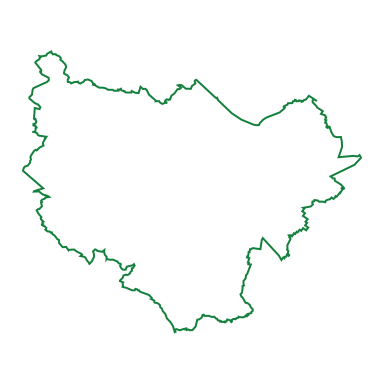 the district of Ameca, Jalisco, Mexico
{"feature_id": "50627088B91562920030226", "entity_name": "Ameca", "entity_type": "district", "adm_level": 2, "iso_a3": "MEX", "parent_name": "Mexico", "parent_adm1": "Jalisco", "projection": "mercator", "projection_center": [-104.087, 20.535], "detail": "fine", "context": "isolated", "style": "outline", "palette": "green", "viewbox_px": 384, "rotation_deg": 0, "n_neighbors": 0, "source": "geoboundaries", "source_scale": "gbopen_adm2", "svg_char_len": 5856}
<svg xmlns="http://www.w3.org/2000/svg" viewBox="0 0 384 384"><path d="M214.7,96.9L196.3,79.8L195.2,80.3L194.7,81.1L195.4,83.5L191.9,86.0L190.9,88.8L185.8,88.7L181.8,85.3L179.6,84.9L177.9,85.3L181.1,87.7L179.5,89.1L177.5,89.2L174.6,93.2L171.3,95.9L170.2,99.4L169.4,99.2L168.6,100.0L166.7,99.3L165.4,100.3L165.1,101.2L166.5,102.3L166.4,102.9L165.5,102.7L162.4,103.9L160.2,102.7L159.0,101.1L155.6,101.3L155.7,100.5L149.0,94.7L146.6,89.8L145.1,88.8L143.0,89.0L140.5,86.8L138.6,93.1L135.3,92.8L131.7,91.0L131.4,92.5L126.1,92.5L124.3,91.6L124.4,91.1L121.4,90.4L120.9,88.8L119.8,89.5L118.2,89.5L118.5,90.6L114.1,90.8L112.6,89.8L108.1,89.8L105.6,88.3L102.9,87.7L99.2,87.7L95.5,85.6L95.1,84.8L93.3,85.0L93.1,84.4L93.7,83.7L93.0,83.4L91.7,81.1L88.1,79.5L84.8,80.0L83.5,81.8L80.1,83.6L78.1,82.5L78.1,81.7L74.0,82.2L71.2,83.4L70.0,82.2L67.8,81.9L67.8,79.5L69.0,77.4L67.2,75.2L64.3,73.8L64.0,73.2L64.5,70.5L66.2,67.1L65.4,64.5L61.9,60.7L60.9,60.4L60.4,59.6L60.8,58.1L59.1,56.1L56.4,55.2L55.8,54.2L52.8,54.3L51.3,51.8L51.0,52.6L49.7,52.2L46.9,54.0L46.3,55.5L41.3,56.4L39.5,56.1L40.3,57.5L39.6,57.9L39.6,59.0L35.9,61.5L35.3,62.6L41.3,70.1L41.0,72.1L40.2,71.9L40.4,72.6L42.3,74.6L48.6,77.7L48.8,80.2L47.2,81.9L33.5,88.1L32.6,89.8L32.0,94.6L29.3,97.3L29.5,98.6L34.8,103.1L38.2,104.6L40.4,107.2L39.5,109.1L34.8,108.0L34.0,118.7L34.5,119.2L35.4,118.9L36.3,122.2L35.4,123.6L33.5,123.9L33.4,125.4L35.7,126.1L36.6,127.6L35.5,128.2L35.7,129.5L34.9,131.9L32.3,131.8L35.7,132.4L37.3,133.4L37.6,134.7L38.9,135.6L45.4,136.6L45.8,136.7L45.3,137.8L46.0,137.5L43.1,142.4L42.9,144.1L43.5,145.6L39.6,147.5L36.7,150.4L36.0,149.8L34.3,150.6L30.8,155.9L30.4,157.4L31.0,159.5L30.1,161.0L30.1,162.7L27.8,165.6L24.8,166.6L23.7,168.1L23.0,170.8L43.2,188.3L34.2,191.1L33.9,191.6L38.9,191.4L42.6,194.4L47.6,195.9L49.1,197.0L45.2,197.6L44.8,198.6L41.9,199.8L41.1,200.9L42.0,202.1L41.1,202.6L41.9,206.4L39.2,209.1L38.0,209.2L36.7,210.2L38.2,213.3L41.4,217.2L40.7,218.4L41.0,219.3L43.4,221.6L42.4,221.9L42.5,223.3L43.0,223.9L41.9,224.4L42.1,225.2L45.1,226.6L46.3,227.9L46.1,229.2L45.4,229.6L46.3,230.6L48.1,231.6L49.5,231.4L51.2,233.0L51.8,232.5L52.6,234.2L54.9,235.8L57.2,239.0L58.9,239.9L59.2,243.3L62.7,247.2L66.1,246.9L68.6,250.4L69.1,249.8L74.0,249.5L77.2,251.8L81.4,253.8L82.1,254.7L80.5,256.1L84.5,256.9L85.4,257.7L87.3,261.0L89.5,263.2L88.9,264.5L91.9,261.3L93.9,257.1L94.0,254.6L93.1,251.3L95.0,249.4L96.5,249.9L97.3,250.9L102.3,251.8L104.3,250.1L104.1,252.0L104.8,254.7L106.6,256.8L106.5,259.3L106.8,258.9L109.8,259.8L112.7,259.6L117.7,261.6L118.6,263.3L120.6,263.8L120.8,264.7L120.1,265.8L120.5,267.0L121.9,269.0L123.2,269.7L125.8,269.6L126.7,266.7L133.0,265.2L133.9,264.2L134.6,265.5L133.1,267.9L131.7,268.4L132.0,270.7L130.6,271.7L130.1,273.3L127.7,275.0L125.8,274.7L123.5,275.4L122.8,277.7L120.0,280.5L120.0,281.1L123.2,282.4L122.6,283.3L123.0,285.6L122.5,286.8L126.5,287.9L132.1,290.3L134.7,290.3L135.4,288.9L137.2,289.4L137.8,290.3L139.2,290.3L139.8,291.6L149.0,295.0L151.8,297.9L151.9,299.1L151.5,299.2L154.2,300.6L154.2,301.9L155.0,302.8L157.0,302.9L159.7,304.7L160.4,307.5L161.6,308.2L162.9,311.3L165.3,313.9L166.9,318.4L170.4,322.0L173.0,326.1L174.8,332.2L175.5,331.9L175.0,329.9L176.2,329.1L179.8,330.3L183.5,329.0L184.8,329.4L185.4,328.5L186.4,328.4L186.7,330.0L188.6,329.5L189.5,330.2L192.4,330.1L195.6,326.6L197.3,319.7L198.8,319.5L201.4,317.9L202.7,314.9L203.8,314.7L204.4,315.9L208.8,315.8L211.5,316.9L214.3,316.8L216.1,318.6L217.1,318.8L217.8,320.3L219.6,320.6L219.8,321.4L221.0,321.1L221.4,322.0L223.0,321.7L224.7,322.4L225.2,322.3L225.2,321.4L226.5,321.4L227.2,319.5L230.2,320.3L231.3,322.1L231.9,321.6L232.0,319.8L232.7,319.3L234.2,318.9L235.4,319.3L236.7,318.0L238.1,317.8L238.7,316.7L239.6,317.2L243.8,317.3L246.1,315.3L246.0,316.3L246.7,316.4L248.5,314.8L248.2,313.8L251.2,313.2L251.3,312.0L252.6,311.1L252.8,309.3L250.8,307.2L249.7,304.8L247.2,302.9L245.6,302.9L242.5,297.4L241.4,296.6L240.5,294.3L242.0,292.6L242.7,287.6L242.4,286.2L244.0,285.5L243.5,284.5L243.5,281.0L245.6,278.4L246.0,275.2L247.2,274.0L250.8,264.5L248.4,264.2L248.8,262.8L247.9,262.6L249.3,258.1L247.0,257.5L247.3,256.4L248.1,256.6L248.6,252.1L249.5,252.2L250.0,249.2L250.9,249.4L252.7,248.1L260.4,249.2L261.8,239.9L262.8,238.1L279.0,255.7L281.4,260.0L283.3,257.4L284.3,258.3L285.0,256.8L286.1,256.7L286.8,254.8L288.6,255.9L289.2,255.0L287.8,253.5L288.3,250.7L287.0,249.6L287.5,248.5L287.3,245.4L290.4,239.2L290.4,237.5L289.4,237.4L289.6,236.6L288.8,235.4L291.2,235.2L292.3,236.1L294.0,233.2L295.1,234.0L296.7,231.7L297.7,232.4L299.6,229.7L301.2,230.8L303.1,228.1L306.2,230.3L308.2,227.5L305.1,225.4L307.1,222.7L305.5,221.7L307.6,219.1L302.9,215.9L305.0,213.2L302.3,211.3L304.3,208.6L303.2,207.8L310.7,206.5L312.9,204.4L312.2,202.9L312.5,201.5L314.1,201.3L314.5,200.0L317.7,200.5L319.2,201.7L322.4,201.6L325.2,202.2L325.5,201.0L327.2,199.9L330.0,199.2L331.4,197.5L333.4,198.9L334.8,197.8L335.6,196.1L336.7,196.7L339.8,192.7L340.1,193.1L342.5,189.4L341.6,188.5L342.1,187.8L343.7,188.8L344.1,188.2L341.0,184.6L334.9,180.8L334.6,178.5L333.0,178.4L330.6,176.4L354.5,164.8L361.0,157.8L359.6,155.1L357.6,156.4L353.1,155.9L338.6,157.2L342.1,146.9L341.8,141.6L340.9,137.0L336.9,137.2L333.8,136.2L331.3,132.1L329.6,126.8L328.3,126.5L327.8,127.9L326.5,127.3L326.9,124.9L326.3,123.0L325.1,122.6L326.3,120.2L325.1,119.7L326.2,117.3L325.5,117.0L325.3,115.4L321.0,113.9L322.8,111.2L317.0,107.4L316.4,106.1L312.6,102.2L312.6,100.5L313.6,99.2L316.9,101.0L308.9,95.8L306.1,99.3L304.9,100.0L304.2,99.8L302.6,101.6L301.8,101.8L301.9,100.9L299.2,100.4L299.0,101.0L296.6,101.3L296.0,100.2L295.0,99.8L294.6,101.0L293.0,101.2L292.3,103.1L288.0,103.2L287.5,104.6L284.0,106.2L283.7,106.8L284.9,107.5L284.4,108.4L279.7,112.4L266.5,117.5L263.1,119.7L260.0,122.9L258.9,125.1L256.8,125.2L253.6,124.7L241.3,119.6L231.8,113.3L218.1,100.2L217.1,97.8L216.5,98.3L214.7,96.9Z" fill="none" stroke="#15803d" stroke-width="2"/></svg>